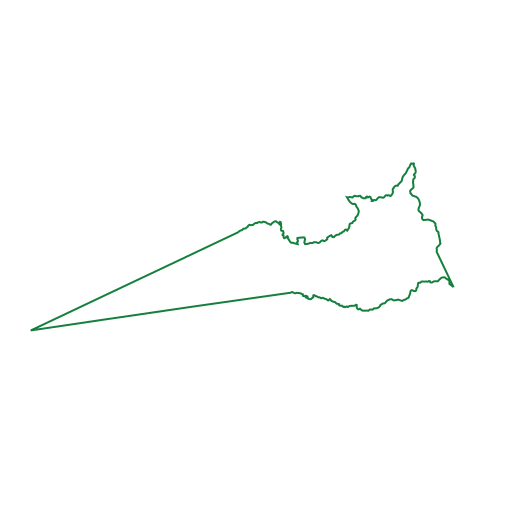 outline of Manyatta, Eastern, Kenya, rotated 285°
{"feature_id": "3690345B28172026836823", "entity_name": "Manyatta", "entity_type": "district", "adm_level": 2, "iso_a3": "KEN", "parent_name": "Kenya", "parent_adm1": "Eastern", "projection": "mercator", "projection_center": [37.497, -0.372], "detail": "fine", "context": "isolated", "style": "outline", "palette": "green", "viewbox_px": 512, "rotation_deg": 285, "n_neighbors": 0, "source": "geoboundaries", "source_scale": "gbopen_adm2", "svg_char_len": 6165}
<svg xmlns="http://www.w3.org/2000/svg" viewBox="0 0 512 512"><g transform="rotate(285 256 256)"><path d="M339.9,405.1L341.8,401.4L342.8,400.9L344.7,400.8L347.3,401.2L348.7,400.9L349.8,400.5L351.9,399.2L352.8,398.4L353.6,397.6L354.1,396.6L354.7,395.2L354.6,394.3L354.8,393.2L354.8,391.9L355.1,391.0L356.3,389.7L356.5,388.9L357.6,388.6L358.4,388.1L359.3,388.2L360.6,388.9L361.8,389.8L362.6,390.3L363.6,390.3L364.3,389.9L365.2,389.7L368.0,388.5L369.0,388.5L369.7,388.2L370.7,388.1L372.7,389.1L373.8,388.9L374.6,388.4L375.0,387.6L375.7,387.5L376.4,388.0L377.4,388.5L378.5,388.5L379.9,388.1L380.7,387.6L381.8,387.1L382.4,386.6L382.9,385.9L383.6,385.6L384.2,384.9L384.9,384.7L386.1,384.6L386.2,383.9L385.6,383.5L385.4,382.7L385.5,381.9L384.3,381.5L381.3,381.1L380.7,380.8L380.0,380.2L376.8,379.7L374.1,379.0L372.7,378.1L370.1,377.2L366.3,377.3L365.3,376.9L364.5,376.5L363.9,375.9L362.9,375.6L362.1,375.0L360.6,374.7L360.2,373.0L359.2,372.0L358.4,371.6L357.7,371.6L357.1,371.1L356.2,370.8L354.3,371.2L353.4,371.8L351.2,371.6L350.5,371.4L348.8,370.5L348.8,369.8L349.0,369.1L349.0,368.3L348.4,367.6L348.6,366.6L348.1,365.6L346.6,364.8L345.8,364.5L345.2,363.8L344.9,360.2L344.5,359.4L342.9,358.4L342.0,358.1L340.9,357.3L340.6,356.4L340.7,355.7L340.2,355.0L339.3,354.6L339.1,353.5L340.4,353.4L340.8,352.6L341.3,352.1L342.6,351.3L342.7,350.1L341.6,349.1L341.5,348.3L342.1,347.7L341.3,347.0L340.1,346.9L339.5,344.5L339.9,343.7L339.9,342.6L340.5,341.9L341.1,341.2L340.8,340.1L340.1,339.2L339.9,338.2L339.7,337.5L339.7,335.8L338.7,334.7L337.5,334.1L337.3,331.4L336.3,329.5L336.3,328.7L333.6,331.4L332.8,332.5L332.2,333.3L331.6,334.7L331.3,335.8L331.4,336.7L331.9,337.4L331.7,338.7L331.0,339.4L330.4,339.7L329.6,340.3L328.8,341.4L328.0,342.2L326.4,343.4L325.6,343.8L322.3,343.8L320.9,343.3L319.1,342.3L317.9,342.2L316.9,342.8L316.0,342.5L315.2,341.6L314.2,340.8L312.8,340.5L312.3,339.7L312.0,338.9L311.2,338.3L310.1,338.2L309.1,338.6L307.8,338.4L306.9,338.5L304.1,337.5L304.8,336.5L304.8,335.8L304.2,335.1L302.4,334.5L301.9,333.6L301.3,333.1L300.6,332.8L299.9,332.3L299.7,331.4L298.3,330.7L297.8,329.8L297.6,329.1L297.2,328.3L295.7,327.0L295.1,326.6L294.4,326.4L294.1,325.4L294.3,324.6L295.0,324.1L295.6,323.4L295.0,322.6L293.4,321.0L292.6,320.5L292.1,320.0L290.6,320.5L288.8,319.0L287.9,317.9L288.3,316.6L288.2,315.9L287.7,315.4L286.8,314.6L285.6,314.1L285.0,313.4L284.6,312.5L284.9,310.7L284.3,308.3L283.4,307.6L282.9,306.7L282.8,305.4L282.5,304.6L281.9,304.1L281.2,303.0L280.2,300.4L281.7,299.1L282.6,299.2L283.8,299.0L284.8,299.1L286.4,298.0L286.1,296.5L284.4,291.9L283.9,291.3L282.9,291.6L282.0,292.4L281.2,292.7L280.0,292.1L278.3,293.2L278.2,289.5L278.3,288.8L278.3,287.7L277.9,286.8L278.1,285.9L279.6,284.1L280.6,283.3L281.1,282.4L281.8,281.8L282.6,282.0L283.2,281.1L282.6,280.4L281.7,280.1L281.0,279.4L280.5,278.7L281.0,277.9L281.9,277.7L282.9,277.2L283.0,276.3L283.9,276.1L284.3,276.7L285.4,276.7L286.4,276.1L287.1,275.8L287.1,275.0L287.0,274.0L287.6,273.4L288.3,273.1L290.5,273.1L291.4,272.4L292.1,272.2L292.5,271.1L293.2,272.0L294.1,271.6L295.1,271.0L295.2,270.3L294.6,270.0L293.7,269.8L293.8,268.8L294.1,267.5L294.7,266.3L294.3,265.2L292.0,263.1L290.0,262.2L290.0,261.4L290.3,260.7L290.4,258.6L290.6,257.8L291.0,257.1L291.2,256.1L291.1,254.5L290.9,253.8L290.2,253.4L289.7,252.4L289.6,251.6L289.8,250.6L289.2,249.7L288.8,248.9L288.0,248.5L288.0,247.7L287.7,246.9L286.4,245.7L285.4,245.2L284.5,243.2L284.4,241.5L283.1,240.6L282.3,240.5L281.6,240.0L281.0,239.4L280.0,239.0L279.3,237.2L278.6,236.4L277.6,236.0L276.9,235.1L276.4,234.2L275.6,233.4L274.2,232.5L125.8,57.7L155.6,126.5L191.7,210.3L229.6,299.2L230.3,299.8L230.6,300.5L230.0,302.7L230.2,303.7L230.9,304.7L231.3,306.9L231.5,309.0L231.1,309.8L231.1,311.2L230.3,311.4L229.6,311.8L229.6,312.7L229.9,313.4L230.4,313.9L230.4,314.6L229.2,314.6L228.7,315.4L229.9,316.3L228.3,317.3L228.2,319.1L228.4,319.9L228.9,320.5L229.6,321.0L230.5,321.3L230.9,322.0L231.7,321.9L232.4,321.6L233.1,321.7L233.2,322.7L233.0,323.6L232.6,324.1L232.8,324.9L232.2,326.9L232.5,327.6L232.4,328.7L232.0,329.6L232.3,330.4L232.9,331.2L232.5,333.6L232.5,334.5L232.4,335.6L231.8,336.7L231.9,337.6L233.5,338.4L233.3,339.2L232.6,339.9L232.1,340.6L232.1,341.4L231.9,342.2L231.9,344.4L231.0,345.8L230.8,346.8L231.0,347.8L230.9,348.8L230.1,348.9L229.8,349.8L229.9,350.9L230.3,351.8L229.4,353.5L229.9,354.2L229.6,355.1L229.8,355.8L230.6,356.4L230.8,357.1L230.5,358.0L231.7,359.1L232.2,359.9L232.8,361.8L233.2,363.5L233.7,364.3L234.8,365.2L234.7,366.0L232.3,366.7L231.2,367.8L230.9,368.7L231.4,369.4L232.0,370.0L230.8,372.7L230.9,373.6L231.5,375.8L231.9,376.9L232.2,378.7L233.8,379.9L234.2,381.8L234.4,382.5L235.1,383.0L235.8,383.3L236.6,385.7L237.0,386.4L238.1,387.8L238.8,388.3L239.8,388.8L241.0,388.9L242.2,390.2L242.8,390.6L243.4,392.1L243.8,392.7L245.1,393.4L245.9,393.6L247.3,394.7L248.9,396.7L249.4,398.3L248.9,399.8L248.8,401.0L249.4,402.0L249.8,403.2L250.5,404.1L250.7,404.9L250.5,406.8L250.5,409.0L251.8,410.1L252.6,411.6L254.0,412.7L254.6,413.5L255.1,414.1L255.8,414.2L256.7,414.2L257.4,414.4L259.7,414.6L261.6,414.4L262.4,414.5L263.1,415.0L263.4,416.0L263.1,417.1L263.0,418.1L263.4,419.2L264.6,419.7L265.5,419.4L266.4,419.4L267.1,419.8L268.0,420.1L271.1,419.7L271.9,419.7L272.4,420.3L272.5,421.3L273.1,421.9L274.0,422.3L274.4,423.1L274.9,425.6L275.5,427.0L275.5,428.1L275.8,428.8L276.5,429.4L276.7,430.4L275.7,431.2L275.7,432.1L276.0,432.9L277.4,434.2L277.9,435.2L278.1,436.3L278.4,437.1L278.5,437.9L279.1,438.5L280.7,439.1L281.2,439.6L282.7,440.5L283.1,441.1L283.6,441.8L284.1,443.1L284.1,444.2L283.2,446.0L283.0,447.1L282.0,449.2L281.1,449.6L279.4,449.9L278.9,450.3L277.9,453.2L277.4,453.7L277.7,454.3L306.5,429.7L307.2,429.3L308.2,429.3L310.1,428.5L311.0,428.6L312.0,429.0L313.3,429.9L315.8,431.0L316.5,430.4L318.3,429.8L320.9,428.6L321.9,427.9L322.9,427.6L324.8,426.4L326.0,426.2L326.5,425.8L326.7,425.1L327.1,424.1L327.9,423.5L328.8,423.0L329.7,422.9L330.3,422.6L331.6,421.4L332.3,421.2L333.2,421.2L333.9,420.8L334.3,419.8L335.1,418.8L335.4,417.6L335.4,416.5L335.7,415.2L335.6,414.1L335.8,413.1L334.0,408.3L335.0,406.8L336.7,406.2L337.4,406.4L338.6,406.4L339.1,405.6L339.9,405.1Z" fill="none" stroke="#15803d" stroke-width="2"/></g></svg>